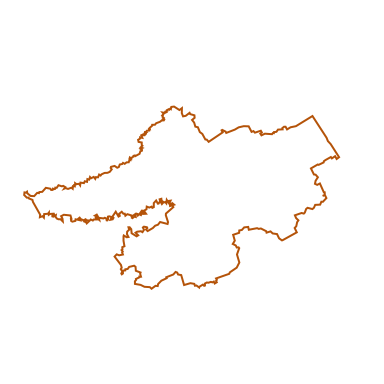 the district of Kota Bekasi, Jawa Barat, Indonesia, rotated 57°
{"feature_id": "22746128B54763839112631", "entity_name": "Kota Bekasi", "entity_type": "district", "adm_level": 2, "iso_a3": "IDN", "parent_name": "Indonesia", "parent_adm1": "Jawa Barat", "projection": "orthographic", "projection_center": [106.96, -6.285], "detail": "fine", "context": "isolated", "style": "outline", "palette": "amber", "viewbox_px": 384, "rotation_deg": 57, "n_neighbors": 0, "source": "geoboundaries", "source_scale": "gbopen_adm2", "svg_char_len": 6117}
<svg xmlns="http://www.w3.org/2000/svg" viewBox="0 0 384 384"><g transform="rotate(57 192 192)"><path d="M193.9,49.6L193.4,69.0L191.4,74.1L191.3,78.2L188.2,78.0L187.4,79.2L187.6,81.4L188.8,81.9L186.5,85.9L187.5,88.4L186.4,90.7L187.2,91.3L186.6,92.0L187.1,93.4L182.8,99.1L182.3,102.9L180.2,102.9L180.1,101.0L178.1,100.9L176.5,106.9L174.4,107.3L174.0,109.3L167.8,108.7L165.0,112.7L163.2,117.6L163.0,122.1L161.1,131.1L159.7,130.9L156.4,132.8L156.4,133.6L158.7,133.8L159.0,150.7L156.1,151.1L155.2,152.2L148.9,151.7L146.0,152.8L140.9,151.8L139.0,153.6L135.0,152.4L131.6,152.7L131.2,149.4L129.0,148.2L125.7,151.1L124.3,150.9L124.7,155.8L123.7,158.3L120.3,157.6L116.2,154.8L116.4,157.9L110.6,160.5L109.4,163.0L110.9,164.5L110.2,164.7L110.6,166.1L109.9,166.3L109.7,168.3L110.4,168.4L110.1,170.2L111.1,170.0L110.9,171.6L109.3,173.4L111.0,173.2L111.6,175.3L112.2,175.0L112.9,175.8L114.6,175.3L114.9,176.5L116.1,175.8L116.6,176.6L115.5,178.5L115.7,180.6L114.8,184.6L115.4,186.4L114.0,188.8L114.7,189.3L115.2,192.7L116.5,193.2L115.9,193.9L117.1,194.5L116.0,196.5L116.6,197.5L115.7,199.4L117.2,198.1L117.2,199.3L118.8,198.6L117.0,200.1L117.7,201.2L118.2,200.1L118.6,200.8L117.9,202.0L117.0,202.0L116.8,203.7L119.5,204.2L117.9,205.8L118.9,206.4L118.9,208.8L120.9,209.5L123.1,207.2L125.3,208.6L126.2,208.4L126.6,210.6L128.0,209.7L127.7,211.7L129.5,211.0L130.1,211.5L129.7,213.1L131.4,215.2L131.0,220.2L130.2,220.1L129.8,221.4L130.5,222.6L130.3,224.1L131.0,224.7L129.2,225.3L130.2,226.5L131.7,226.6L131.3,227.3L132.6,228.9L131.5,230.7L131.7,233.1L130.0,234.0L130.5,235.3L129.6,237.6L131.2,239.8L130.9,241.5L128.0,242.7L126.8,246.2L127.5,247.1L129.3,247.0L130.3,250.0L129.9,252.4L128.4,254.9L127.9,258.2L128.4,259.7L126.8,260.4L128.5,262.8L127.2,264.5L128.3,266.0L125.8,266.2L125.5,269.2L123.9,269.4L125.6,271.5L124.2,272.7L126.3,274.5L124.6,276.1L125.7,277.8L123.4,280.4L125.5,282.2L123.6,282.3L122.5,284.6L121.0,285.2L122.4,286.0L122.0,286.9L123.4,287.3L122.3,288.7L124.3,290.3L122.7,290.8L121.9,294.3L119.8,296.0L119.6,297.3L118.9,295.6L116.7,296.7L116.4,298.0L113.6,300.3L114.8,303.2L113.9,304.3L114.8,305.1L114.4,306.3L113.5,306.8L114.3,307.8L113.6,309.0L112.1,309.0L108.9,312.3L110.3,317.5L108.9,320.1L109.6,321.0L108.4,322.3L109.5,326.6L107.4,329.5L103.5,330.8L101.9,330.2L102.1,331.6L101.1,332.7L103.1,334.4L106.8,333.6L107.7,332.1L108.6,332.3L111.7,330.1L113.7,330.8L128.3,331.7L130.3,333.3L130.9,330.5L132.8,330.2L130.0,328.0L131.8,324.7L131.3,323.2L133.1,324.4L133.1,323.0L134.9,319.7L135.9,319.9L135.8,322.0L136.4,322.4L137.2,321.7L137.3,318.9L138.5,320.0L140.7,319.8L142.2,318.8L143.2,317.1L146.3,316.4L143.7,315.1L141.0,314.9L141.3,311.9L145.5,306.7L148.8,307.7L148.6,308.2L150.5,309.1L151.7,308.5L152.7,305.6L151.5,304.5L154.9,301.1L153.6,301.0L152.5,302.1L152.3,300.2L154.2,300.0L156.7,298.3L156.9,296.1L158.4,295.9L158.4,298.2L159.7,297.3L161.0,297.4L160.5,294.6L159.1,294.8L160.3,293.4L159.9,291.9L161.9,290.7L161.5,289.5L163.1,286.9L161.7,287.0L160.2,285.4L159.0,286.2L159.1,284.2L163.0,284.4L162.0,285.9L165.0,285.0L163.7,284.5L163.4,283.6L166.0,280.6L166.1,279.2L167.4,278.3L169.3,279.0L169.7,278.5L169.3,277.3L166.9,275.9L167.3,274.7L169.3,273.0L170.9,275.5L171.7,273.4L170.9,271.9L169.4,272.3L167.0,266.7L172.6,267.0L172.7,265.6L170.6,264.9L170.3,261.7L172.9,261.4L173.6,260.2L175.6,260.8L175.4,258.3L178.6,255.6L179.3,256.0L180.7,255.3L181.0,256.4L181.5,256.2L181.3,253.6L182.3,252.8L180.9,252.0L179.7,253.3L179.6,250.7L180.8,249.6L182.2,250.1L181.9,248.3L183.6,247.4L182.3,245.0L181.3,246.7L180.3,244.2L180.9,243.5L183.9,244.7L185.2,242.4L181.5,242.6L181.7,239.6L179.6,237.9L181.8,236.3L182.3,233.8L183.7,233.9L183.9,232.3L180.5,230.1L179.6,226.7L183.2,227.0L183.5,226.4L182.3,223.7L180.5,223.1L181.0,221.4L182.7,222.2L184.3,221.6L184.0,223.7L185.7,223.8L185.2,222.2L185.8,219.9L187.5,219.7L184.9,217.5L188.0,217.5L186.9,216.2L187.6,214.7L188.8,216.6L191.8,218.0L192.2,216.8L190.6,215.9L191.3,214.7L189.7,214.9L192.9,213.9L192.4,216.0L194.5,215.9L195.9,225.6L197.2,226.6L204.2,228.5L205.5,229.9L199.8,235.1L200.9,238.4L200.2,241.2L200.9,244.5L200.6,250.5L198.4,251.0L197.9,249.1L197.0,249.0L194.9,251.2L195.0,252.5L197.6,252.9L198.7,255.4L197.1,256.2L195.4,259.7L195.4,261.5L199.0,260.7L199.0,262.6L193.7,265.1L190.1,263.2L187.6,263.5L187.0,264.5L189.4,265.2L189.9,267.9L191.9,269.5L195.1,269.8L194.4,271.4L191.3,272.9L191.8,273.5L195.6,276.0L200.7,278.2L200.3,280.5L202.4,281.7L202.4,282.7L204.3,282.6L204.6,283.5L206.8,284.0L205.4,287.6L203.3,289.1L204.0,292.1L214.5,291.3L217.2,292.2L217.9,293.7L220.7,293.7L221.9,295.7L222.8,295.7L222.7,294.3L220.3,292.8L221.4,290.7L220.5,290.0L221.5,287.9L220.6,285.5L222.3,280.7L224.0,280.1L227.5,282.0L231.5,279.0L232.3,280.0L235.2,280.9L234.3,282.2L234.9,282.5L234.4,286.4L235.3,286.8L235.8,288.5L238.0,289.9L241.9,285.7L245.6,283.5L248.8,279.2L251.1,278.6L250.8,273.7L252.2,272.0L250.7,270.5L249.7,266.0L250.5,260.2L249.5,260.0L251.0,252.6L250.1,249.3L251.5,248.3L253.6,248.6L255.8,246.3L265.7,249.3L267.6,243.0L270.3,240.1L272.2,240.6L272.8,239.2L276.0,238.0L275.5,237.5L275.6,233.3L277.3,232.9L277.5,232.1L275.8,231.0L276.0,228.8L277.0,227.7L277.7,225.1L278.9,224.1L279.0,222.5L281.1,222.8L281.2,220.4L279.7,220.3L279.2,219.0L277.6,218.9L280.9,205.3L280.0,204.1L279.8,195.7L276.9,190.7L268.9,188.3L264.8,183.0L263.8,183.1L262.9,184.7L260.7,184.4L257.8,186.1L256.1,182.6L250.3,180.8L251.9,174.7L250.0,173.3L251.0,170.9L250.1,167.5L251.9,163.9L254.6,164.9L257.8,157.1L259.3,156.1L260.1,154.1L265.3,151.1L266.7,151.6L267.8,147.6L270.7,146.9L273.6,143.6L278.3,144.2L281.6,142.9L281.8,141.8L282.9,126.1L278.1,125.5L277.5,123.2L274.6,120.3L273.7,118.2L270.6,118.9L267.6,118.4L269.3,111.5L271.0,110.0L270.7,108.6L268.4,105.5L268.2,103.7L271.9,100.3L271.6,98.3L269.9,95.7L272.4,91.4L270.6,88.8L271.5,87.6L270.3,82.6L267.0,82.2L266.4,84.6L266.8,82.2L264.5,80.9L264.0,81.6L254.5,80.1L254.2,83.1L252.1,84.4L249.9,82.2L248.2,78.4L244.8,78.9L243.7,80.2L237.0,79.4L237.4,71.6L238.2,71.0L238.9,65.5L238.0,64.6L237.9,62.7L238.3,56.5L240.0,56.4L239.9,52.5L243.1,52.7L242.9,49.7L227.3,49.6L223.3,50.3L219.8,49.6L193.9,49.6Z" fill="none" stroke="#b45309" stroke-width="2"/></g></svg>